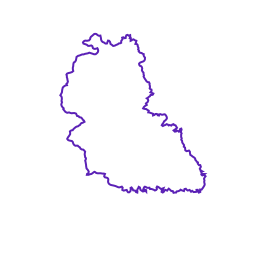 the district of Lagoa Grande, Minas Gerais, Brazil, rotated 141°
{"feature_id": "56859067B57490940566650", "entity_name": "Lagoa Grande", "entity_type": "district", "adm_level": 2, "iso_a3": "BRA", "parent_name": "Brazil", "parent_adm1": "Minas Gerais", "projection": "mercator", "projection_center": [-46.514, -17.75], "detail": "fine", "context": "isolated", "style": "outline", "palette": "violet", "viewbox_px": 256, "rotation_deg": 141, "n_neighbors": 0, "source": "geoboundaries", "source_scale": "gbopen_adm2", "svg_char_len": 5789}
<svg xmlns="http://www.w3.org/2000/svg" viewBox="0 0 256 256"><g transform="rotate(141 128 128)"><path d="M109.6,33.8L107.2,34.4L104.7,35.3L103.7,36.1L103.2,37.3L102.6,38.3L101.6,39.1L100.9,40.7L99.4,41.4L98.1,41.7L98.2,43.0L98.7,44.0L100.1,44.4L100.3,45.7L99.1,46.6L98.7,48.3L97.6,47.7L98.2,49.3L97.9,51.1L97.0,51.5L95.8,52.0L95.2,53.7L96.2,54.5L96.2,56.4L95.3,57.2L95.8,58.5L95.6,59.7L95.7,61.0L95.0,62.1L95.2,63.6L95.8,65.3L96.0,66.6L96.5,67.8L95.8,69.2L94.8,70.7L94.8,72.1L96.1,72.6L97.1,73.2L97.5,74.6L96.0,76.9L96.4,78.4L95.2,79.4L95.0,82.5L94.0,84.1L94.0,85.4L92.7,86.2L92.4,87.5L90.7,89.6L89.7,90.1L89.6,91.4L88.6,92.3L87.4,93.0L87.0,94.0L88.0,94.4L89.0,93.8L89.6,92.9L90.8,93.1L91.0,94.3L91.8,95.4L92.9,95.1L93.9,95.7L94.1,97.4L91.4,97.2L89.8,97.3L89.6,98.6L89.4,100.2L90.3,101.3L90.2,102.3L91.4,102.8L92.8,102.6L93.7,104.1L94.8,104.4L94.9,105.6L95.6,106.7L96.9,106.8L98.2,107.3L99.7,107.6L100.0,108.9L98.7,109.4L97.3,109.7L95.7,110.5L94.5,110.4L92.7,110.6L91.5,111.2L90.9,112.4L90.6,114.1L90.8,115.5L91.7,116.1L92.7,116.5L93.6,117.3L94.0,118.3L95.1,118.9L96.1,118.2L96.9,119.2L96.4,120.0L96.9,120.9L98.0,121.7L99.2,121.5L100.6,122.0L99.6,123.3L100.2,124.3L101.7,126.7L102.4,127.4L101.0,128.4L101.6,130.0L101.9,131.2L102.6,131.9L103.4,132.8L103.9,133.7L102.5,134.3L100.6,134.4L98.9,134.1L98.6,135.8L96.5,135.8L95.0,136.6L94.4,137.8L94.7,139.2L93.7,139.0L92.3,139.1L91.0,138.9L89.7,139.5L88.6,138.6L87.6,138.3L86.6,138.8L87.4,140.3L88.1,141.6L86.3,142.0L85.6,143.1L86.2,144.1L86.2,145.2L85.3,145.8L84.5,146.9L84.0,148.2L83.2,148.9L82.9,150.4L83.9,151.3L84.2,152.8L84.0,154.4L83.9,156.0L83.5,158.2L82.5,158.8L82.2,159.8L81.1,161.3L81.2,162.8L80.8,164.2L79.5,165.3L78.9,166.7L78.9,167.8L79.6,168.8L79.5,170.1L78.8,171.1L77.3,171.2L74.1,170.1L72.9,170.1L71.8,170.6L70.5,172.0L70.5,173.5L70.2,174.5L69.3,175.5L69.9,176.4L70.2,177.7L71.3,178.9L71.5,180.8L70.7,181.4L70.7,182.7L69.5,183.5L69.0,185.4L68.3,186.3L68.3,187.6L69.3,188.7L67.9,189.5L66.6,190.5L67.5,191.9L67.9,193.4L69.1,193.9L70.1,193.8L71.1,194.1L70.2,195.2L69.3,196.0L70.0,196.8L68.7,197.6L67.9,198.8L69.4,199.3L69.7,200.6L70.8,201.1L72.1,200.5L73.2,199.4L74.1,199.9L74.6,201.5L75.7,201.9L76.3,200.5L78.5,199.9L79.7,198.5L80.9,198.8L81.9,199.5L83.4,199.5L84.8,200.0L86.0,200.2L87.0,200.6L87.9,201.1L88.2,202.7L88.7,204.3L87.8,206.2L87.8,207.7L88.5,208.5L89.9,207.7L91.1,206.9L92.1,207.5L92.6,208.4L92.9,209.7L93.6,210.8L93.7,212.3L93.3,213.6L92.5,214.8L91.3,217.2L92.5,217.9L93.2,219.3L93.4,220.8L94.0,221.6L95.0,222.3L97.9,222.2L99.4,222.2L100.5,221.8L101.5,220.9L103.1,220.6L104.5,221.3L105.4,222.0L106.3,222.9L107.7,223.2L109.1,222.9L109.5,221.7L109.0,220.8L108.3,219.8L107.6,218.5L107.3,216.9L106.1,216.0L104.6,215.3L104.2,214.1L104.6,213.1L105.0,212.1L104.5,210.8L103.6,210.1L102.6,209.6L101.6,209.3L101.8,208.2L102.6,206.7L103.8,205.9L105.1,205.7L106.7,205.7L108.0,206.7L108.9,208.2L110.7,210.9L112.2,211.3L114.8,212.7L116.1,213.1L117.2,214.0L119.9,214.8L121.4,215.5L123.3,215.6L124.4,214.6L126.0,213.3L127.5,212.8L128.9,213.0L130.2,212.1L131.7,210.5L132.8,209.7L133.5,208.9L134.1,208.0L134.7,206.7L136.3,206.7L138.2,207.4L139.7,208.2L141.2,208.6L142.3,208.2L142.7,207.0L143.6,205.9L144.0,204.7L144.7,203.6L145.5,201.9L146.9,201.1L148.1,201.0L148.5,199.7L149.5,200.3L150.9,200.6L152.2,200.6L153.2,200.5L155.2,199.0L156.9,197.3L158.4,196.6L160.0,196.0L159.9,194.4L160.4,193.2L161.2,192.1L162.7,190.8L163.0,189.6L164.2,188.9L165.2,188.1L165.7,186.7L165.8,185.1L165.6,183.8L166.5,183.3L166.5,182.0L166.5,179.9L165.7,178.1L164.0,177.2L163.2,175.8L162.4,174.8L161.3,174.2L160.1,173.2L159.3,171.8L160.0,169.4L159.0,168.3L159.0,167.0L157.9,165.7L157.7,164.3L157.9,162.8L157.6,161.6L157.9,160.2L160.0,160.6L161.0,161.1L162.1,161.1L163.2,160.6L164.5,160.8L165.8,160.8L167.0,161.4L168.2,161.6L171.0,161.5L172.4,161.1L173.5,161.8L175.3,161.9L176.0,160.6L176.9,159.6L178.6,159.0L180.6,158.5L182.1,157.8L182.1,156.2L181.4,155.1L180.6,154.1L179.8,153.2L179.7,151.9L180.4,150.2L180.5,148.7L180.1,147.4L179.2,146.7L178.2,145.9L178.1,144.7L177.6,143.3L177.9,141.8L177.4,140.4L176.4,139.4L176.2,138.2L176.2,136.6L177.2,135.8L178.3,134.7L179.1,133.2L179.7,132.2L179.7,131.0L180.5,130.2L181.8,129.6L182.3,128.4L183.0,127.2L183.7,125.9L184.6,124.6L185.7,122.6L185.6,121.0L185.9,118.9L187.3,117.7L188.6,118.1L189.4,117.5L188.2,116.5L186.7,116.0L185.3,115.3L183.9,115.2L182.8,115.2L181.7,115.1L181.2,114.2L181.0,113.0L179.9,111.7L178.8,110.9L177.6,109.9L176.6,108.7L175.4,107.7L174.8,106.8L176.2,106.0L177.0,105.3L176.9,104.1L176.0,103.0L175.4,102.1L175.4,101.0L175.9,100.1L176.9,99.3L177.7,98.0L177.9,96.6L177.4,94.9L176.6,93.8L175.6,92.6L174.7,91.4L174.1,90.5L172.8,88.0L171.8,87.1L170.7,86.7L169.7,86.3L169.7,85.0L170.6,84.3L171.4,83.4L170.7,82.0L169.3,81.4L168.0,80.7L168.4,79.2L168.4,78.0L167.6,77.3L166.6,77.3L165.5,77.6L164.5,78.6L163.7,79.8L162.7,79.6L162.7,78.2L163.2,76.3L161.9,74.9L162.1,73.1L161.4,72.0L160.5,72.9L160.1,73.9L159.0,74.5L157.8,74.9L156.7,75.5L156.2,74.3L156.7,73.2L157.2,72.2L157.0,71.1L156.4,69.3L155.2,68.7L154.0,68.4L153.9,67.1L153.0,68.3L153.7,69.4L154.9,70.6L153.4,71.5L152.1,71.9L151.3,71.1L151.0,69.8L150.0,68.8L148.9,68.1L149.3,66.7L148.1,65.8L147.4,64.7L146.8,63.7L146.4,62.5L145.1,62.1L143.9,62.4L143.3,63.8L142.2,64.2L141.5,63.0L141.2,61.6L140.7,59.7L138.3,58.9L139.8,58.1L141.2,58.0L142.1,57.2L141.6,56.0L140.2,55.9L139.0,56.4L138.0,56.5L137.5,55.7L137.0,54.7L135.9,55.0L134.5,55.2L134.2,53.5L134.0,51.7L132.9,50.8L133.4,49.0L132.1,48.3L131.3,47.6L130.1,48.1L128.8,47.3L127.2,46.8L126.0,47.0L125.3,45.5L124.2,43.8L122.5,45.0L121.3,44.4L121.3,43.1L120.9,41.8L119.1,41.1L119.1,38.8L117.7,38.8L117.3,36.9L115.9,35.9L114.7,35.2L113.7,36.8L112.7,36.1L112.9,34.8L113.5,33.2L112.1,32.8L110.7,34.8L109.6,33.8ZM98.7,44.0L97.4,44.0L98.7,45.1L98.7,44.0Z" fill="none" stroke="#5b21b6" stroke-width="2"/></g></svg>